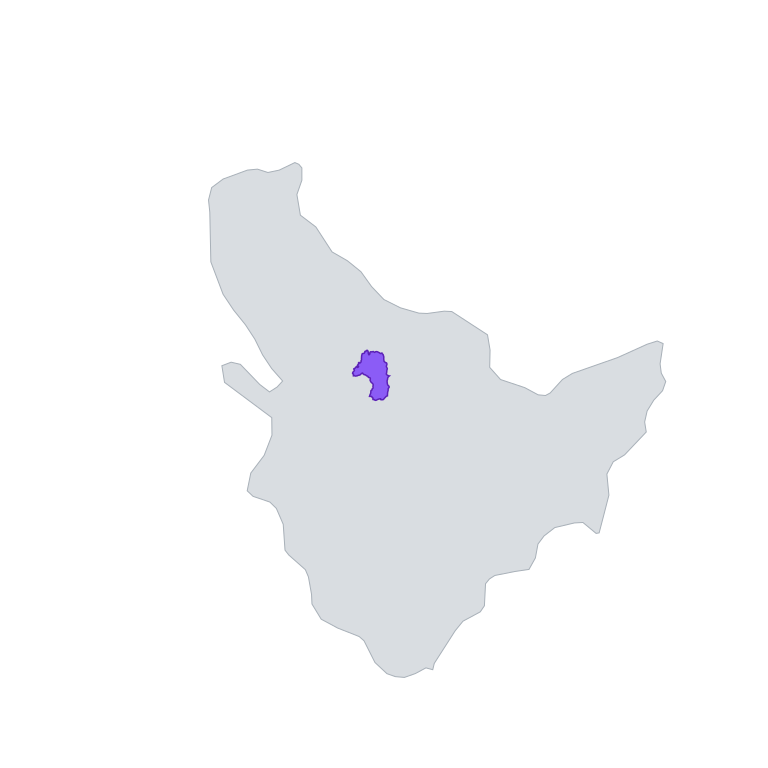 Yamasá, Monte Plata, Dominican Republic (highlighted), rotated 222°
{"feature_id": "3306468B37411515289314", "entity_name": "Yamasá", "entity_type": "district", "adm_level": 2, "iso_a3": "DOM", "parent_name": "Dominican Republic", "parent_adm1": "Monte Plata", "projection": "equal_earth", "projection_center": [-70.05, 18.766], "detail": "fine", "context": "in_parent", "style": "filled", "palette": "violet", "viewbox_px": 768, "rotation_deg": 222, "n_neighbors": 0, "source": "geoboundaries", "source_scale": "gbopen_adm2", "svg_char_len": 6581}
<svg xmlns="http://www.w3.org/2000/svg" viewBox="0 0 768 768"><g transform="rotate(222 384 384)"><path d="M157.0,523.8L157.8,492.3L161.6,479.6L158.1,466.2L142.5,451.9L132.9,433.5L124.5,417.3L126.4,414.9L143.5,414.2L149.5,408.2L161.0,391.6L163.4,378.2L162.5,368.1L155.1,356.0L152.2,343.2L161.4,332.1L173.5,315.9L175.2,309.7L174.9,303.5L161.0,286.4L160.0,279.1L166.6,260.6L166.0,248.3L159.7,210.0L156.6,204.3L162.9,201.1L167.0,189.7L172.5,179.6L179.8,174.1L188.0,170.7L204.4,171.0L227.0,179.8L233.5,179.7L255.2,171.6L273.3,167.2L290.3,172.3L297.1,179.2L311.1,190.1L318.2,193.4L340.3,193.2L346.4,194.3L365.0,212.3L380.7,219.5L389.8,219.9L406.1,212.9L414.2,213.1L423.4,228.7L425.3,250.8L433.0,271.0L444.9,283.9L503.6,278.5L516.7,289.1L512.2,297.9L503.9,302.5L476.0,300.5L463.8,301.5L461.4,310.2L461.3,318.4L477.7,320.3L493.7,324.4L510.0,330.9L526.6,335.3L545.2,338.3L563.6,343.0L594.4,358.9L628.4,395.1L637.5,403.3L643.5,414.7L640.7,428.7L628.6,451.6L621.8,459.0L611.8,463.5L605.0,472.8L598.4,488.9L594.3,490.3L589.6,489.6L581.4,480.5L575.5,466.5L559.1,453.5L539.7,455.1L511.0,447.4L493.6,451.1L476.2,452.0L458.5,448.1L440.6,446.7L422.8,451.6L405.5,460.0L399.1,465.3L388.0,478.4L382.1,483.2L340.0,489.8L327.9,480.2L316.6,467.1L300.4,465.3L276.9,475.5L262.2,479.1L256.3,483.5L254.5,488.5L254.4,506.8L251.1,517.9L228.1,559.9L215.1,589.6L209.7,598.8L203.6,600.8L192.3,583.7L185.2,577.6L176.3,574.4L172.5,565.4L172.7,552.5L170.4,540.0L164.9,530.2L157.0,523.8Z" fill="#d9dde1" stroke="#a8b0b8" stroke-width="1"/><path d="M374.2,374.0L374.1,374.6L374.1,375.7L374.1,376.2L374.0,376.5L373.9,376.8L373.5,377.5L374.2,378.3L375.5,379.9L375.8,380.4L376.1,380.8L376.3,381.4L376.5,381.7L376.7,382.1L377.5,383.0L377.7,383.3L377.8,383.5L377.8,383.8L377.9,384.0L377.9,384.7L378.0,385.0L378.6,385.6L378.9,385.7L379.1,385.7L379.3,385.7L380.4,385.8L380.7,385.8L380.9,385.9L381.3,386.2L381.8,386.5L382.5,387.2L383.0,387.5L383.3,387.9L383.7,388.3L383.9,388.6L384.1,388.9L384.3,389.5L384.6,390.0L385.2,390.8L385.3,391.0L385.5,391.6L385.5,392.2L385.5,392.9L385.4,393.6L385.7,393.4L386.2,393.2L386.4,393.2L386.8,392.9L387.1,392.8L387.6,392.8L388.2,392.8L388.5,392.8L388.8,392.9L389.0,393.0L389.2,393.3L389.4,393.9L389.7,394.3L390.0,394.7L390.8,395.8L391.1,396.2L391.3,396.5L391.5,397.1L391.6,397.3L391.8,397.6L392.6,398.0L392.8,398.1L393.3,398.2L393.5,398.3L394.2,398.8L394.3,399.1L394.6,399.8L394.8,400.2L394.9,400.4L395.1,400.7L395.2,400.8L396.0,401.3L396.3,401.3L396.5,401.3L396.8,401.1L397.0,401.0L397.3,400.9L397.9,400.9L398.6,400.9L398.9,400.9L399.3,401.0L399.5,401.2L400.2,401.8L400.6,402.1L400.8,402.3L401.1,402.6L402.0,403.7L402.2,403.9L402.4,404.1L402.7,404.3L403.2,404.6L403.6,404.8L404.0,405.1L404.5,405.3L405.5,405.3L406.3,405.6L406.4,405.3L406.6,404.9L406.7,404.7L406.9,404.5L407.0,404.3L407.3,404.2L408.2,404.2L408.5,404.1L409.0,403.9L409.4,403.8L410.1,403.7L410.3,403.6L411.2,403.1L411.3,403.0L411.5,402.8L411.8,402.4L411.9,402.1L412.1,401.4L412.2,401.2L412.3,401.2L412.5,401.1L413.4,401.0L413.6,401.0L413.7,400.9L413.8,400.8L414.0,400.6L414.3,400.0L414.5,399.7L415.1,399.4L415.3,399.3L415.4,399.1L415.6,398.8L415.6,398.6L415.6,398.4L415.6,398.2L414.8,397.1L414.7,396.9L414.6,396.7L414.6,396.4L414.6,396.1L414.6,395.9L414.7,395.7L414.8,395.7L415.0,395.6L415.4,395.8L415.5,396.2L415.6,396.4L415.8,396.5L416.2,396.4L416.3,396.4L416.5,396.4L416.6,396.5L416.8,397.0L417.1,397.3L417.5,397.4L417.7,397.5L417.8,397.5L418.0,397.7L418.2,397.8L418.4,397.9L418.6,397.9L418.8,397.9L419.0,397.8L419.1,397.7L419.5,397.1L419.5,396.8L419.3,396.4L419.3,396.2L419.4,395.9L419.5,395.8L419.7,395.7L419.9,395.6L419.9,395.3L419.9,395.2L419.5,394.4L419.4,394.2L419.3,393.7L419.5,393.3L419.7,393.0L420.1,392.5L420.3,392.2L420.4,391.9L420.4,391.7L420.1,391.2L419.9,390.8L419.5,390.0L419.2,389.6L418.9,389.3L418.7,388.9L418.3,388.6L418.2,388.4L417.8,387.9L417.7,387.7L417.3,387.5L417.2,387.4L416.8,386.6L416.7,386.4L416.6,386.0L416.6,385.8L416.5,385.7L416.4,385.6L416.0,385.4L415.9,385.1L415.8,384.8L415.8,384.2L415.8,383.8L415.9,383.6L416.0,383.5L416.1,383.4L416.3,383.4L416.7,383.3L416.9,383.3L416.9,383.2L417.0,383.1L417.1,382.9L417.1,382.7L416.9,382.4L416.6,382.2L416.4,382.1L416.3,381.9L416.3,381.6L416.3,381.4L416.3,380.3L416.2,380.0L416.2,379.9L415.9,379.7L415.7,379.8L415.4,380.0L415.1,380.1L414.9,380.1L414.7,380.0L414.6,379.9L414.5,379.6L414.5,379.4L414.5,379.0L414.6,378.8L414.7,378.7L414.8,378.6L415.0,378.5L415.6,378.5L415.8,378.5L416.0,378.4L416.2,378.1L416.2,377.7L416.0,377.0L416.0,376.8L416.1,376.6L416.3,376.0L416.5,375.4L416.6,375.2L416.5,374.9L416.4,374.9L416.2,374.8L415.7,374.7L415.3,374.5L415.2,374.4L415.0,374.0L415.0,373.8L415.0,373.3L415.0,372.1L414.9,371.7L414.8,371.4L414.7,371.2L414.4,370.8L414.2,370.7L413.8,370.8L413.6,370.9L413.4,370.9L413.1,370.7L412.7,370.1L412.2,369.6L411.9,370.0L411.7,370.2L411.5,370.4L411.0,370.5L410.8,370.6L410.5,370.8L410.3,371.0L410.0,371.4L409.6,371.9L409.3,372.3L409.2,372.6L409.0,373.1L408.9,373.3L408.7,373.5L408.1,374.3L408.0,374.5L407.9,374.7L407.9,375.0L407.8,375.3L407.8,376.3L407.8,376.7L407.7,376.9L407.6,377.1L407.4,377.6L407.2,377.8L406.5,377.5L406.3,377.5L406.2,377.5L405.9,377.6L405.7,377.7L405.3,377.6L405.1,377.6L404.5,378.0L404.0,378.3L403.8,378.4L403.5,378.4L402.5,378.4L402.2,378.5L401.5,378.8L401.2,378.9L400.8,378.8L400.6,378.8L400.4,378.6L400.2,378.5L399.9,378.5L399.4,378.8L398.7,379.2L398.3,379.2L397.9,378.9L397.7,378.8L397.5,378.6L397.4,378.4L397.2,377.9L397.1,377.7L396.9,377.5L396.7,377.4L396.2,377.2L395.6,376.9L395.3,376.8L394.6,376.7L393.0,376.7L392.7,376.7L392.3,376.6L392.1,376.5L391.4,376.1L391.3,375.9L391.1,375.7L390.9,375.2L390.7,374.9L390.5,374.7L390.2,374.5L389.9,374.2L389.7,374.0L389.5,373.7L389.4,373.4L389.4,373.2L389.5,372.5L389.5,372.3L389.4,372.2L389.1,371.8L389.0,371.7L389.0,371.4L389.0,371.2L389.2,370.9L389.2,370.7L389.2,370.4L389.2,370.2L388.9,369.8L388.0,368.7L387.8,368.4L387.7,368.2L387.6,367.9L387.5,367.6L387.3,367.0L387.1,366.4L386.5,365.1L386.0,365.5L385.2,366.2L385.0,366.4L384.8,366.4L384.6,366.4L384.4,366.4L384.2,366.3L383.9,366.1L383.7,366.1L383.4,366.1L383.1,366.2L382.9,366.2L382.7,366.1L382.6,365.9L382.0,365.2L381.9,365.1L381.7,365.1L381.4,365.3L381.2,365.6L381.0,365.8L380.7,365.9L379.9,365.9L379.6,366.0L379.3,366.3L379.1,366.6L378.9,366.8L378.8,367.0L378.7,367.4L378.5,368.0L378.2,368.6L378.1,368.8L377.6,369.6L377.4,369.9L377.3,370.1L377.0,370.3L376.7,370.7L376.2,370.2L375.9,370.2L375.8,370.3L375.6,370.4L375.4,370.7L375.1,370.8L374.9,371.1L374.5,371.4L374.3,371.6L374.2,371.8L374.1,372.2L374.1,372.6L374.1,373.2L374.2,374.0Z" fill="#8b5cf6" stroke="#5b21b6" stroke-width="1.5"/></g></svg>